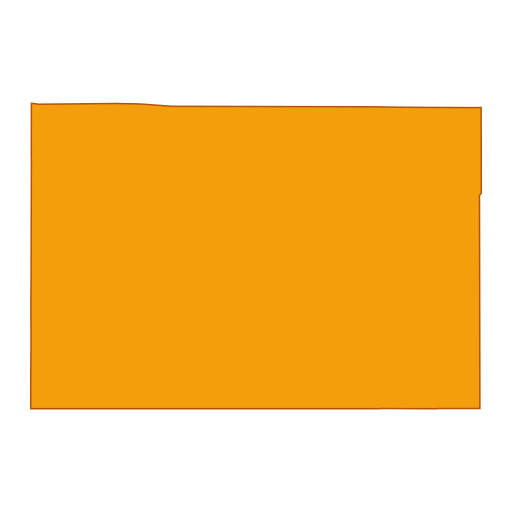 the district of Cimarron, Oklahoma, United States of America
{"feature_id": "52423323B34412433575069", "entity_name": "Cimarron", "entity_type": "district", "adm_level": 2, "iso_a3": "USA", "parent_name": "United States of America", "parent_adm1": "Oklahoma", "projection": "equal_earth", "projection_center": [-102.557, 36.75], "detail": "fine", "context": "isolated", "style": "filled", "palette": "amber", "viewbox_px": 512, "rotation_deg": 0, "n_neighbors": 0, "source": "geoboundaries", "source_scale": "gbopen_adm2", "svg_char_len": 540}
<svg xmlns="http://www.w3.org/2000/svg" viewBox="0 0 512 512"><path d="M419.6,408.7L436.8,408.7L438.3,408.5L479.9,408.5L479.5,195.4L481.3,193.0L481.1,107.5L474.6,107.6L469.0,107.6L409.1,107.3L398.0,107.2L373.7,106.8L330.1,106.7L171.8,106.3L151.5,104.8L143.3,104.2L134.7,103.8L124.9,103.7L116.9,103.5L105.4,103.6L41.9,104.2L39.0,104.2L38.5,104.2L31.4,103.3L31.3,157.3L31.4,158.5L31.1,274.7L30.9,301.7L31.0,337.2L31.0,346.0L30.7,392.6L30.8,408.7L378.9,408.7L381.4,408.5L419.6,408.7Z" fill="#f59e0b" stroke="#b45309" stroke-width="1.5"/></svg>